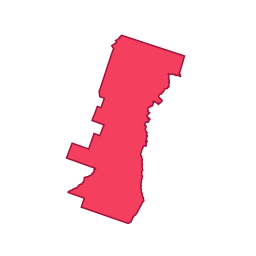 outline of La Matanza, Buenos Aires, Argentina, rotated 336°
{"feature_id": "61730980B21366789082443", "entity_name": "La Matanza", "entity_type": "district", "adm_level": 2, "iso_a3": "ARG", "parent_name": "Argentina", "parent_adm1": "Buenos Aires", "projection": "albers", "projection_center": [-58.605, -34.773], "detail": "fine", "context": "isolated", "style": "filled", "palette": "rose", "viewbox_px": 256, "rotation_deg": 336, "n_neighbors": 0, "source": "geoboundaries", "source_scale": "gbopen_adm2", "svg_char_len": 5771}
<svg xmlns="http://www.w3.org/2000/svg" viewBox="0 0 256 256"><g transform="rotate(336 128 128)"><path d="M208.9,85.2L160.6,41.4L159.9,40.7L156.9,41.8L157.0,42.3L154.6,42.9L153.8,43.0L152.2,43.0L152.6,45.0L146.6,46.2L147.2,49.9L145.9,50.7L140.6,56.5L138.6,58.6L125.1,73.6L116.7,82.8L116.6,82.7L114.9,87.8L118.5,91.2L111.5,98.5L108.8,95.8L103.4,101.5L100.8,103.7L98.2,106.5L107.3,115.4L103.1,119.5L99.2,123.5L94.8,119.2L83.5,131.2L70.8,119.1L59.6,130.4L81.9,151.7L81.6,152.2L81.5,152.3L81.1,152.3L80.4,152.0L80.1,152.1L79.9,152.6L80.0,152.9L80.0,153.0L79.9,153.2L79.5,153.5L79.3,153.9L79.2,154.0L78.7,154.0L78.0,154.5L77.9,154.9L77.7,155.0L77.4,154.9L76.8,154.9L76.1,155.6L75.1,156.1L74.5,156.0L74.2,156.1L73.9,156.0L73.3,156.1L72.8,156.0L72.5,156.0L72.0,156.1L71.7,156.1L71.1,156.3L70.6,155.9L70.2,155.8L69.8,155.8L69.3,155.7L68.3,155.5L67.9,155.5L67.7,155.7L67.6,156.2L67.7,156.5L66.8,157.5L65.8,158.7L65.4,158.8L65.3,159.2L65.1,159.4L64.6,159.6L63.9,159.7L63.7,159.8L63.0,160.3L62.7,160.6L61.8,160.1L61.2,160.2L60.6,160.3L60.2,160.2L59.8,160.3L58.7,161.0L56.6,162.0L56.2,161.9L55.8,161.6L55.1,161.5L54.5,161.6L53.9,161.5L53.4,161.6L52.6,161.6L52.2,161.8L51.5,162.0L51.1,162.0L50.3,161.6L49.7,161.6L49.2,161.7L49.0,161.9L48.6,162.2L48.2,162.3L47.8,161.9L47.6,161.9L47.1,162.6L59.5,174.2L53.1,181.3L89.2,215.1L89.5,215.1L90.4,215.3L91.2,215.0L92.7,214.9L93.2,214.3L94.0,213.7L94.4,213.1L94.6,213.0L94.8,212.9L95.5,212.1L96.1,211.7L96.7,211.6L97.3,211.2L98.4,210.3L98.7,210.3L99.3,210.5L99.5,210.5L100.4,209.8L101.7,209.3L101.8,209.2L102.1,208.7L102.8,208.4L103.2,208.0L103.8,207.2L105.0,206.5L105.5,206.1L106.4,205.5L106.7,205.0L107.0,204.7L107.9,204.3L108.4,203.9L109.2,203.4L110.6,202.0L111.1,201.9L111.5,201.5L112.7,201.1L112.9,200.9L113.1,200.3L113.0,200.0L113.1,199.3L113.2,199.1L113.6,198.5L113.6,197.8L113.4,197.3L113.4,196.7L113.7,196.1L113.8,195.0L114.0,194.4L114.1,194.1L114.1,193.8L114.3,193.3L114.3,193.0L114.0,192.4L114.3,191.9L114.7,190.5L115.1,190.0L115.2,189.7L115.3,188.9L115.1,188.5L115.0,188.0L115.4,187.4L115.8,187.3L116.2,186.6L116.7,186.2L116.9,185.9L116.5,185.0L116.5,184.7L116.8,184.2L117.3,183.9L117.8,183.6L118.3,183.0L118.4,182.6L118.4,181.8L118.6,181.5L118.8,181.2L119.7,180.6L120.7,179.1L120.9,178.6L121.5,178.2L121.7,177.5L121.6,177.1L121.5,176.9L121.5,176.6L122.3,174.6L122.4,174.4L122.3,174.2L123.2,173.2L123.8,173.0L124.0,172.8L124.5,172.2L124.4,171.6L124.5,171.1L124.7,170.5L124.9,169.7L125.2,169.2L125.5,168.4L125.8,168.0L126.0,167.6L126.5,167.0L126.5,166.5L126.9,164.9L127.1,164.7L127.1,164.1L127.1,163.7L127.6,163.4L128.1,163.0L128.2,162.6L128.2,161.9L128.4,160.8L128.6,160.5L128.9,159.4L128.9,158.9L128.5,158.6L128.4,158.4L128.4,158.2L128.8,157.3L129.0,157.1L129.2,156.3L129.7,155.7L130.2,155.6L130.4,155.4L131.5,153.9L132.0,153.4L132.3,152.9L133.2,152.6L133.3,152.4L133.7,151.5L133.9,151.4L134.4,151.3L135.1,150.8L135.3,150.8L135.6,150.8L136.0,150.9L136.2,151.3L136.7,151.8L137.0,151.9L137.3,151.7L137.8,150.6L137.9,150.1L138.2,149.8L138.1,149.3L138.6,148.9L138.7,148.4L138.4,147.9L138.5,147.6L139.0,147.6L139.3,147.9L139.5,148.3L139.8,148.3L140.0,148.3L140.1,147.9L140.1,147.7L139.9,147.5L139.4,147.3L139.3,147.2L139.3,146.9L140.0,146.4L140.1,146.2L140.2,145.6L140.9,145.0L141.0,144.7L141.1,144.1L141.4,143.8L142.2,143.5L142.5,143.3L142.5,142.9L142.0,142.5L141.9,142.3L141.9,142.0L142.0,141.9L142.7,141.2L143.5,140.2L143.6,139.9L143.6,139.6L143.2,139.3L143.1,139.0L143.2,137.2L143.4,136.0L143.5,135.8L143.7,135.6L144.2,135.2L144.8,134.4L145.1,134.2L145.2,133.9L145.3,133.5L145.0,132.8L144.8,132.7L144.3,132.6L144.2,132.5L144.1,132.4L144.2,132.1L145.1,131.4L145.9,130.4L146.6,130.2L147.0,129.8L147.1,129.7L147.4,129.8L148.2,130.7L148.6,130.9L149.5,130.6L150.3,129.6L150.7,129.3L151.5,129.0L151.6,128.8L151.6,128.1L151.4,127.7L151.1,127.5L150.3,127.7L150.2,127.7L150.1,127.3L150.2,127.2L150.6,126.8L150.8,126.2L150.7,125.9L150.3,125.6L150.2,125.5L150.2,124.7L150.4,124.4L150.5,124.2L150.5,123.9L150.7,123.6L152.2,123.7L152.5,123.6L152.7,123.1L152.9,122.9L153.0,122.9L153.4,123.1L153.6,123.2L153.8,123.1L154.0,122.9L153.8,122.4L153.7,122.1L153.3,121.7L153.1,121.4L153.0,120.7L153.1,120.4L153.5,120.1L153.6,119.9L153.5,118.9L153.6,118.7L154.0,118.4L154.2,118.0L154.8,117.7L155.9,117.8L156.8,117.7L157.4,117.7L157.7,117.7L158.0,117.2L158.3,117.0L158.9,117.5L159.0,117.6L159.3,117.7L159.6,117.6L160.1,116.8L160.7,116.3L161.3,115.4L161.4,114.9L161.7,113.9L161.9,113.8L162.1,113.7L162.5,113.8L162.5,114.0L162.3,114.4L162.3,114.8L162.7,115.1L163.1,115.0L163.4,115.1L163.6,115.5L164.0,115.9L164.1,116.1L164.1,116.4L164.2,116.5L164.9,117.2L165.1,117.5L165.1,117.9L165.2,118.3L165.1,118.5L165.1,118.8L165.4,118.9L165.8,118.4L166.1,118.2L166.6,118.4L167.0,118.4L168.6,117.6L169.1,117.7L169.5,117.6L169.7,117.4L170.4,116.5L170.4,116.3L170.0,116.1L169.8,115.9L169.8,115.7L170.0,115.1L170.0,114.9L169.5,114.3L169.0,113.9L169.0,113.7L169.0,113.4L169.1,112.9L169.0,112.7L168.9,112.3L168.8,111.7L168.8,111.3L168.9,111.2L169.4,110.9L169.9,110.5L170.2,110.3L171.7,110.3L172.5,110.5L173.3,109.7L173.6,109.5L174.4,109.6L174.7,109.5L175.9,108.5L177.5,107.5L178.0,107.4L178.7,107.6L179.9,107.8L180.5,107.5L180.8,107.0L181.0,106.9L181.3,106.9L181.9,107.1L182.4,106.9L182.5,106.7L182.4,106.1L182.5,105.3L183.0,104.8L183.9,103.9L184.1,103.7L184.1,103.4L184.0,102.6L184.0,102.3L184.9,101.8L185.1,101.4L185.3,100.4L185.2,99.1L185.8,98.5L186.4,97.4L186.5,96.9L186.5,95.9L186.6,95.4L186.8,95.0L187.2,95.0L187.5,95.2L188.4,96.2L188.9,96.3L190.0,96.4L190.1,96.5L190.5,96.8L190.8,97.3L191.1,97.5L191.6,97.4L192.1,97.5L192.4,98.7L192.9,99.4L193.5,99.7L194.6,100.0L195.5,100.5L196.1,101.7L196.4,102.1L196.7,102.2L197.2,102.0L197.3,101.7L197.1,100.6L197.4,99.9L197.4,99.7L196.9,99.2L199.2,96.7L208.9,85.2Z" fill="#f43f5e" stroke="#9f1239" stroke-width="1.5"/></g></svg>